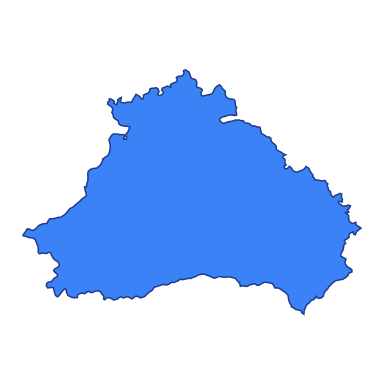 São João del Rei, Minas Gerais, Brazil (Albers equal-area conic projection)
{"feature_id": "56859067B59074018278949", "entity_name": "São João del Rei", "entity_type": "district", "adm_level": 2, "iso_a3": "BRA", "parent_name": "Brazil", "parent_adm1": "Minas Gerais", "projection": "albers", "projection_center": [-44.281, -21.238], "detail": "fine", "context": "isolated", "style": "filled", "palette": "blue", "viewbox_px": 384, "rotation_deg": 0, "n_neighbors": 0, "source": "geoboundaries", "source_scale": "gbopen_adm2", "svg_char_len": 5951}
<svg xmlns="http://www.w3.org/2000/svg" viewBox="0 0 384 384"><path d="M341.8,194.1L339.9,193.4L337.8,194.5L335.3,195.4L333.4,197.1L331.8,195.9L330.7,193.8L330.5,191.6L328.4,189.9L328.2,187.8L327.1,186.2L327.8,183.8L326.0,182.5L325.3,180.6L323.0,180.6L320.9,180.8L317.2,179.9L315.0,179.9L314.1,177.9L312.8,176.7L312.9,175.0L311.7,173.6L310.2,171.4L309.2,168.9L307.8,167.5L305.9,166.5L304.7,168.5L303.2,169.7L297.6,172.0L295.0,171.8L292.9,170.6L291.7,168.3L289.6,166.3L288.3,167.4L287.2,168.8L285.0,168.7L284.0,166.2L286.2,165.0L284.9,163.0L285.1,160.8L284.8,159.1L282.7,157.8L283.5,155.8L285.6,154.8L283.4,153.8L281.2,152.3L277.0,150.1L276.2,148.5L276.3,146.4L274.9,144.5L272.7,142.8L271.1,141.1L270.9,138.4L269.1,136.9L266.9,137.2L265.5,135.9L263.4,134.5L261.4,133.6L261.1,131.8L260.6,130.2L260.0,127.2L257.7,127.0L254.2,125.9L251.7,125.8L250.0,124.1L247.9,123.1L245.0,123.1L243.1,120.6L240.9,120.7L239.1,119.9L237.3,120.2L235.5,120.0L231.8,121.3L229.5,121.5L226.0,122.5L224.0,123.5L221.4,122.4L219.4,119.7L220.3,118.2L222.7,116.9L225.4,116.4L227.9,115.3L231.3,114.9L234.2,115.5L236.7,115.1L235.8,109.8L236.7,107.4L235.4,105.7L235.3,103.2L235.0,101.2L234.3,99.6L232.6,99.2L229.6,99.0L227.4,98.0L225.7,96.4L225.3,94.2L225.3,91.3L223.7,89.7L222.2,88.5L221.3,86.5L219.5,84.8L217.2,86.0L215.6,87.5L214.2,89.4L213.4,91.8L212.0,93.7L209.5,94.6L204.6,95.6L202.6,96.1L201.2,95.1L201.0,93.3L201.5,91.5L202.4,89.8L200.8,88.4L199.3,87.8L197.2,87.5L196.4,85.2L197.0,82.7L195.6,79.6L193.3,79.0L191.5,78.3L190.5,76.5L189.2,72.2L187.1,70.9L185.5,69.8L183.5,70.6L184.0,73.9L181.9,76.0L179.5,76.2L177.7,76.5L176.3,77.7L177.5,80.2L175.8,82.1L172.8,83.3L170.5,84.4L170.9,86.9L167.1,86.1L164.7,87.4L162.5,88.0L161.6,90.1L163.2,91.8L163.2,93.6L161.4,94.9L159.2,95.6L157.5,94.3L159.0,91.8L158.1,89.0L156.3,87.7L154.3,88.2L152.1,88.2L150.1,88.7L149.5,91.3L148.1,93.1L145.5,94.0L143.6,95.0L143.2,98.7L141.4,98.9L140.3,97.2L138.5,95.7L136.0,94.3L134.6,96.8L132.8,99.4L131.6,102.4L128.7,102.0L124.3,102.9L121.9,102.7L120.1,101.5L121.0,99.5L121.3,97.4L119.6,98.2L117.8,99.7L117.5,101.7L116.9,104.6L115.2,104.1L113.7,103.3L114.4,101.6L111.7,99.3L109.3,98.8L109.5,100.7L108.0,101.8L107.6,104.0L111.3,106.7L112.5,108.2L112.6,110.5L111.8,112.4L113.0,114.5L113.6,117.6L115.8,119.4L118.3,120.9L118.9,124.0L121.0,125.4L125.0,126.2L127.4,126.3L129.9,127.2L127.6,132.3L126.1,133.9L125.3,135.7L123.9,134.6L120.1,134.7L118.2,134.2L113.6,133.9L112.1,134.8L110.5,136.9L108.9,139.8L109.7,142.8L110.2,145.4L110.3,147.8L109.7,150.2L109.5,152.1L108.7,154.1L107.7,155.7L106.1,156.6L102.7,159.0L102.6,160.8L100.5,164.8L98.4,166.8L96.5,168.2L94.0,168.3L90.5,169.3L88.3,171.3L87.8,173.4L88.0,178.5L87.8,180.8L86.6,184.5L86.6,186.6L84.5,186.9L84.8,189.0L86.0,193.1L86.3,195.6L84.7,197.1L81.8,199.1L79.3,201.7L77.9,202.7L76.5,204.0L75.1,205.0L73.9,206.4L72.0,207.7L70.0,208.5L65.5,213.9L63.9,215.2L62.3,216.2L61.0,217.4L59.2,217.2L54.3,218.5L51.8,218.9L49.8,218.7L47.7,221.6L46.9,223.4L42.6,223.9L40.7,224.6L38.5,225.7L36.9,227.7L35.3,228.9L33.8,230.3L31.1,230.2L28.7,228.8L27.0,229.0L26.0,231.0L24.9,232.6L23.7,233.8L23.0,235.7L25.4,236.2L29.1,237.6L31.1,237.7L33.2,238.2L35.2,239.5L38.1,246.9L38.3,248.9L38.3,252.7L39.5,253.8L41.9,253.1L46.7,253.5L48.5,252.4L50.4,252.6L52.6,257.4L54.0,259.2L55.5,260.5L57.7,261.5L58.9,263.2L59.2,265.8L57.2,267.7L55.0,268.6L53.6,270.6L55.1,272.5L56.5,273.5L57.7,275.1L56.8,276.8L55.0,277.7L53.3,279.3L51.7,281.4L48.2,282.2L46.7,283.3L46.3,285.8L47.8,288.0L50.4,287.5L53.4,287.7L54.6,292.9L55.7,295.6L57.7,296.8L59.3,295.3L62.5,291.0L64.5,288.9L66.2,289.3L66.5,292.3L67.8,295.2L69.8,296.5L71.5,297.2L73.2,297.7L77.4,297.6L77.4,295.6L78.8,294.0L80.7,293.3L82.7,293.2L84.5,293.7L88.5,291.2L90.3,292.4L92.6,292.5L95.2,291.1L98.1,290.8L100.5,291.8L102.6,295.0L104.0,296.6L103.5,298.9L104.8,299.8L106.1,298.4L108.3,297.5L110.5,298.2L114.0,300.1L115.9,299.2L117.6,299.1L119.0,297.5L121.2,296.8L123.5,298.0L126.2,296.9L128.0,296.9L129.7,297.6L131.9,298.9L133.9,297.6L135.2,296.3L137.2,296.3L140.9,298.0L142.3,297.1L144.5,296.7L146.1,295.0L149.3,292.1L151.1,291.1L153.0,289.4L153.9,287.3L158.6,286.0L160.9,285.2L162.7,284.3L165.1,284.9L167.6,284.8L172.1,282.2L173.9,282.5L176.0,281.6L178.4,280.7L180.5,279.1L182.6,279.7L188.9,278.3L190.9,278.5L192.7,277.5L194.7,276.9L196.9,275.9L198.4,274.8L203.2,274.1L205.5,274.5L207.7,275.6L210.3,276.3L212.2,277.4L214.4,278.2L216.5,277.6L218.4,276.5L220.8,276.7L223.1,277.1L225.3,277.2L227.5,277.0L230.2,276.9L231.9,277.6L234.0,277.9L236.1,279.0L237.1,280.5L238.6,282.1L240.0,284.3L240.3,286.4L242.7,285.7L244.6,286.3L247.1,286.4L249.7,285.0L251.7,284.4L255.1,283.7L256.9,285.3L259.1,285.1L263.7,282.5L265.7,282.2L270.3,283.0L272.7,283.8L274.9,288.0L276.6,287.9L278.8,288.2L280.9,289.3L282.8,290.8L284.7,292.0L286.1,293.1L288.1,295.4L288.5,298.7L289.0,300.8L289.6,302.8L290.9,304.8L291.5,307.0L293.9,308.0L295.7,309.5L298.6,310.0L301.0,310.6L301.7,312.7L303.9,314.2L304.2,310.8L305.3,307.8L306.4,305.5L307.6,304.0L309.1,303.0L311.4,300.3L313.5,299.7L315.0,298.3L316.0,296.3L317.5,298.1L319.4,298.3L321.6,297.7L323.4,296.0L323.9,293.5L325.2,291.3L326.9,289.8L328.0,288.4L328.7,286.7L330.5,285.4L331.6,284.0L333.3,282.4L335.6,280.7L343.0,279.2L345.4,277.7L347.9,275.6L348.6,273.3L352.0,271.9L351.8,269.6L349.8,268.1L348.1,267.3L346.4,265.6L344.8,263.0L346.0,259.0L342.3,257.0L340.8,256.0L340.9,254.0L343.3,249.3L343.8,245.1L345.6,243.5L344.8,242.0L344.4,240.2L346.5,239.3L349.2,237.3L348.8,235.0L350.2,232.9L353.2,232.0L353.7,234.2L355.3,234.8L356.3,232.1L357.9,230.4L361.0,228.2L359.1,226.7L357.2,225.8L355.9,224.4L355.8,222.3L354.0,222.9L352.5,223.6L350.5,222.5L348.9,220.4L348.6,215.7L347.6,214.2L345.6,213.0L348.8,212.1L347.2,210.4L349.3,208.3L350.5,205.9L348.2,205.0L346.2,206.1L344.4,205.9L342.7,206.2L341.1,204.8L338.8,203.4L338.3,201.5L340.2,201.4L342.0,202.2L342.5,199.7L341.3,196.6L341.8,194.1ZM125.3,135.7L126.6,136.8L126.4,139.0L123.6,139.2L124.1,137.3L125.3,135.7Z" fill="#3b82f6" stroke="#1e3a8a" stroke-width="1.5"/></svg>